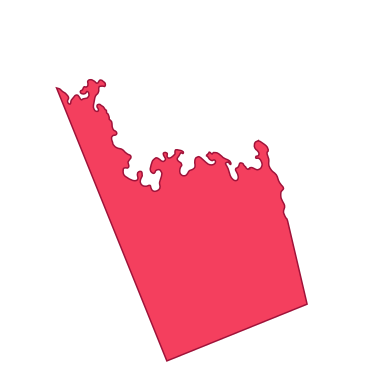 La Pedrera, Amazonas, Colombia (Natural Earth projection), rotated 338°
{"feature_id": "7082276B17674180496874", "entity_name": "La Pedrera", "entity_type": "district", "adm_level": 2, "iso_a3": "COL", "parent_name": "Colombia", "parent_adm1": "Amazonas", "projection": "natural_earth1", "projection_center": [-69.992, -1.195], "detail": "fine", "context": "isolated", "style": "filled", "palette": "rose", "viewbox_px": 384, "rotation_deg": 338, "n_neighbors": 0, "source": "geoboundaries", "source_scale": "gbopen_adm2", "svg_char_len": 6041}
<svg xmlns="http://www.w3.org/2000/svg" viewBox="0 0 384 384"><g transform="rotate(338 192 192)"><path d="M256.7,339.1L269.8,254.6L269.9,252.5L269.4,251.3L269.1,249.2L269.1,245.5L269.9,243.6L272.0,241.1L272.3,240.5L272.8,239.0L272.8,237.4L272.5,234.9L272.3,231.4L272.5,230.1L273.2,227.9L274.3,225.6L275.2,224.8L277.5,223.7L278.1,223.2L278.3,222.2L278.2,221.0L277.5,219.2L276.7,216.2L276.5,213.6L276.8,209.9L276.6,207.7L275.7,205.4L274.5,203.3L273.9,201.9L273.3,199.3L273.2,197.8L273.2,196.3L273.5,195.2L273.9,194.0L274.9,192.0L275.5,190.2L275.8,185.4L276.0,184.4L276.6,183.2L277.9,182.6L278.5,181.4L278.6,178.7L277.9,176.6L276.8,174.7L274.7,171.5L273.9,170.4L272.7,169.5L272.8,169.2L269.7,169.4L269.1,169.7L268.1,170.6L266.9,172.9L266.8,174.2L266.8,174.9L267.2,176.6L267.8,177.5L268.5,179.5L268.6,181.0L268.4,181.7L268.1,182.3L267.2,183.1L266.7,183.2L264.8,182.9L264.1,183.5L263.9,184.0L264.0,184.6L264.2,184.8L266.0,185.4L266.9,186.3L267.5,187.7L267.6,188.3L267.7,191.0L267.3,192.9L266.8,193.7L265.6,195.0L264.6,195.7L263.7,196.0L262.2,196.1L260.8,195.9L259.6,194.9L257.6,192.6L256.7,191.8L256.1,191.5L254.9,191.2L254.4,191.3L254.1,192.1L253.5,191.7L253.1,191.7L252.6,192.0L252.0,191.7L251.3,190.2L251.1,189.6L251.1,188.7L250.7,188.2L250.1,186.5L249.9,184.8L249.0,183.8L247.6,183.1L246.7,183.5L245.2,185.3L244.2,186.1L243.0,186.5L241.6,186.5L241.0,187.1L240.7,187.6L240.6,188.3L241.0,192.3L240.8,194.2L240.5,195.5L239.8,196.8L238.7,197.8L237.4,198.0L236.4,197.7L235.7,197.2L234.9,196.2L234.2,194.6L233.8,193.2L233.6,191.0L234.2,184.1L234.0,181.2L233.7,179.3L233.7,178.6L233.9,177.9L234.4,177.7L235.6,177.5L236.3,177.9L236.8,177.7L237.1,178.1L237.3,179.8L237.9,180.8L238.2,180.9L238.7,180.3L238.9,179.8L238.7,177.8L238.3,177.0L237.2,175.5L235.5,173.9L233.7,171.7L232.9,169.9L231.3,166.9L230.0,165.2L228.8,164.4L226.8,163.5L225.8,163.8L225.2,164.3L224.8,164.2L224.3,163.7L223.6,162.1L222.9,161.5L222.7,161.6L222.1,162.1L221.5,162.5L219.3,163.3L219.0,164.0L219.7,164.7L220.5,168.1L221.6,169.8L222.5,170.5L223.6,170.4L224.4,170.5L225.0,170.9L225.3,171.5L225.2,172.7L224.4,173.8L223.4,174.3L221.7,174.5L220.2,174.2L219.4,173.8L218.5,173.2L217.5,172.3L216.1,169.9L213.1,163.7L212.2,162.4L211.6,161.8L210.9,161.6L208.7,161.7L208.1,162.0L207.3,162.7L206.6,163.6L205.5,165.9L205.0,168.0L204.4,169.3L204.1,169.9L203.0,170.8L200.9,171.3L197.9,171.2L196.6,171.7L195.2,172.9L193.3,174.1L191.9,174.3L190.6,174.0L189.4,173.3L188.7,172.4L188.1,171.1L188.0,169.8L188.3,168.4L188.8,167.3L189.5,166.0L191.1,164.3L192.3,163.7L192.7,162.8L192.7,161.5L192.6,160.8L191.2,158.8L190.7,157.7L190.5,156.7L190.7,155.7L191.2,155.0L193.7,153.4L195.9,151.6L196.3,151.5L196.7,151.6L197.6,152.7L198.1,152.9L198.5,152.7L198.8,152.3L198.9,151.4L198.0,150.0L197.2,149.3L194.0,147.2L192.7,146.8L192.2,147.0L191.6,147.7L191.1,148.7L190.7,150.0L190.1,150.6L187.6,151.6L185.5,152.2L183.7,152.1L183.1,151.9L182.6,151.3L182.4,150.8L182.2,150.1L182.3,149.4L183.3,147.6L183.5,147.0L183.4,146.7L182.9,146.0L182.1,145.3L180.9,145.0L180.0,145.3L179.6,145.9L179.4,147.5L179.9,151.1L179.4,152.1L178.7,152.6L177.2,153.0L176.7,152.9L176.1,152.5L175.1,151.5L174.3,149.8L173.0,147.9L172.1,147.1L171.1,146.8L169.3,147.3L167.4,148.1L166.5,148.9L164.3,151.5L162.1,154.6L161.6,155.9L161.5,157.2L161.8,158.5L162.2,159.2L163.0,160.2L164.1,160.4L165.2,159.8L166.1,158.8L166.7,158.5L168.1,158.4L169.7,158.8L170.4,159.4L170.8,160.2L171.1,162.2L171.1,163.4L169.7,165.8L165.6,170.8L165.0,172.2L164.5,174.9L163.9,175.9L163.4,176.7L161.9,177.5L159.9,177.8L158.2,177.6L157.0,177.1L156.1,176.1L155.5,174.8L155.5,172.2L155.8,171.0L155.6,170.2L154.7,169.7L152.8,169.7L151.6,169.5L149.4,168.4L148.4,167.3L147.7,165.6L147.7,163.6L148.2,162.3L149.3,160.8L151.9,158.4L152.2,157.4L152.8,155.7L152.9,154.9L152.8,154.4L152.4,153.8L151.3,153.3L150.2,153.3L148.9,153.8L148.2,154.8L147.8,155.5L147.6,156.3L147.2,158.7L147.0,159.2L146.0,160.2L144.9,160.5L143.7,160.3L142.9,160.0L141.4,159.1L138.8,156.5L135.9,152.4L135.4,151.0L135.2,150.1L135.3,149.0L135.7,147.4L136.9,144.9L137.8,144.4L138.3,144.4L139.5,144.7L141.0,145.6L141.8,145.5L142.5,145.2L143.2,144.3L143.4,143.4L143.7,140.9L144.0,140.2L145.4,139.1L148.0,137.6L148.6,136.6L148.7,135.8L148.6,135.2L148.3,134.6L146.5,132.8L145.0,130.3L143.9,127.5L142.8,125.9L142.1,125.3L139.6,123.6L137.9,121.7L137.4,120.6L136.7,118.5L136.7,117.6L137.0,116.1L137.1,113.7L137.3,112.8L137.8,111.4L138.5,110.7L139.7,110.1L140.6,110.1L142.1,110.5L143.2,110.4L144.1,109.8L144.3,109.1L144.4,108.3L144.2,107.6L143.7,106.7L142.7,105.6L142.3,104.0L142.3,103.0L142.5,101.4L143.5,98.4L143.8,96.8L143.5,95.6L142.5,93.4L143.1,92.1L143.3,90.9L143.4,88.4L142.7,87.1L142.5,86.6L143.2,84.2L142.3,82.9L142.2,81.9L141.7,79.8L140.1,77.5L139.5,76.4L139.1,76.1L138.5,75.8L137.2,75.7L136.7,75.9L136.3,76.3L136.0,77.0L135.8,77.5L136.2,79.6L136.1,80.7L135.7,81.4L134.8,81.9L133.7,81.5L132.8,80.7L132.5,80.2L132.2,78.4L132.3,76.5L133.2,74.5L135.6,70.8L137.3,68.1L138.8,66.6L139.9,66.0L141.3,65.5L142.2,64.8L143.4,63.4L144.4,60.9L145.0,60.0L145.6,59.5L147.0,59.7L148.7,60.3L149.7,60.9L150.3,61.4L150.7,61.4L151.5,60.8L151.9,60.1L152.2,58.6L151.9,57.6L150.2,54.6L148.9,53.8L148.4,53.8L147.7,54.1L145.6,55.6L145.1,55.6L144.3,55.4L143.7,54.3L143.4,53.4L142.9,52.6L141.3,50.6L140.4,50.0L139.7,49.8L138.7,49.5L138.1,49.6L137.1,50.0L136.8,50.3L136.5,50.8L136.1,52.7L135.8,53.3L135.3,54.3L134.8,54.8L133.2,55.1L131.7,54.1L130.9,54.2L130.1,54.9L129.0,56.0L128.0,56.4L126.7,56.5L126.0,57.1L125.8,58.2L126.1,58.9L126.8,59.7L128.2,60.5L129.5,60.7L130.2,60.6L130.9,60.3L131.8,59.5L132.1,59.4L132.6,59.6L132.9,60.0L133.2,60.8L133.3,61.4L133.2,62.0L132.8,63.6L132.5,64.1L130.8,65.3L129.8,65.6L126.1,64.9L125.4,64.9L124.7,65.2L124.0,65.1L123.7,64.7L123.3,63.7L123.1,61.9L122.5,59.7L121.6,58.9L120.6,58.7L119.6,58.8L114.7,61.5L113.8,62.4L112.6,64.4L112.2,64.7L111.6,64.7L111.1,64.4L110.6,63.7L110.4,62.9L110.4,62.0L110.6,61.2L111.0,60.5L112.6,59.0L112.8,58.6L113.0,57.8L112.8,56.2L111.6,53.0L109.6,50.3L108.3,47.4L107.6,46.5L105.4,44.8L105.4,339.2L256.7,339.1Z" fill="#f43f5e" stroke="#9f1239" stroke-width="1.5"/></g></svg>